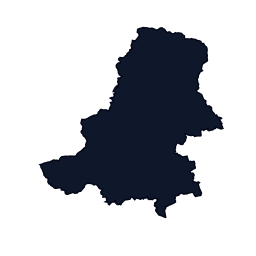 the district of Befotaka, Atsimo-Atsinanana, Madagascar, rotated 78°
{"feature_id": "10022922B11101019287712", "entity_name": "Befotaka", "entity_type": "district", "adm_level": 2, "iso_a3": "MDG", "parent_name": "Madagascar", "parent_adm1": "Atsimo-Atsinanana", "projection": "robinson", "projection_center": [46.959, -23.944], "detail": "fine", "context": "isolated", "style": "filled", "palette": "ink", "viewbox_px": 256, "rotation_deg": 78, "n_neighbors": 0, "source": "geoboundaries", "source_scale": "gbopen_adm2", "svg_char_len": 5801}
<svg xmlns="http://www.w3.org/2000/svg" viewBox="0 0 256 256"><g transform="rotate(78 128 128)"><path d="M57.4,40.3L57.0,42.0L56.2,42.6L55.6,43.5L55.1,44.3L54.9,45.6L53.8,47.2L54.0,48.9L53.2,51.3L52.9,53.5L52.2,54.0L49.4,53.8L48.2,55.3L46.7,55.9L45.4,59.0L45.4,60.6L44.7,62.0L44.8,62.5L45.3,63.0L45.4,64.3L44.6,65.8L42.7,67.2L42.5,68.2L42.9,69.2L42.6,69.9L40.8,71.2L39.0,71.7L38.6,72.8L37.1,73.9L37.0,75.8L38.0,78.2L38.2,80.1L36.9,81.4L35.4,83.7L35.1,86.8L34.3,87.8L32.8,92.7L33.1,94.0L33.2,96.7L33.6,98.0L36.3,99.0L36.9,98.3L38.0,97.6L39.4,97.9L40.4,97.7L41.2,99.1L44.2,102.3L43.9,102.8L44.0,104.2L43.3,105.4L44.6,106.0L45.7,106.2L47.9,107.8L49.6,107.6L51.3,107.8L51.7,108.6L51.8,109.8L53.6,110.5L54.9,113.1L55.5,113.7L56.7,114.0L56.9,115.6L57.6,116.1L58.4,118.0L57.8,120.4L57.4,121.0L57.9,121.5L57.9,122.0L58.7,122.9L59.7,122.7L61.2,121.6L62.6,121.9L62.7,122.4L62.4,123.7L62.9,124.8L64.2,126.4L66.2,126.7L66.8,126.5L67.6,125.7L68.3,125.8L70.8,125.6L72.2,125.9L72.8,125.5L74.0,125.5L76.1,123.2L77.6,125.3L77.1,126.9L77.3,127.4L77.7,127.6L79.3,127.3L80.0,128.2L80.4,128.4L81.8,128.4L82.4,127.9L84.0,128.3L84.2,128.7L84.1,129.4L85.1,131.1L85.8,129.6L86.4,130.8L86.1,132.3L88.5,134.5L89.3,134.8L89.3,134.1L89.5,133.6L91.1,133.1L91.7,133.1L91.9,134.9L93.0,134.5L95.3,135.8L94.9,136.7L94.8,138.0L95.1,139.1L96.4,137.7L97.7,137.3L98.8,136.6L99.3,136.9L99.5,139.9L100.8,139.5L102.3,139.7L103.1,140.1L104.1,141.3L107.0,142.9L106.9,144.3L105.7,145.6L105.4,148.1L104.2,150.7L104.6,151.4L105.2,151.8L106.3,153.6L107.7,154.3L108.3,155.0L108.8,156.5L108.4,158.3L109.6,163.7L110.2,164.8L110.8,168.4L110.0,171.3L113.6,173.0L117.0,171.6L118.7,172.5L120.2,172.8L121.8,174.6L122.4,174.3L123.1,174.5L124.6,173.4L126.2,173.4L128.1,171.8L129.2,171.5L129.7,171.0L131.2,171.0L131.9,170.5L132.3,170.4L133.9,171.9L135.8,172.9L137.0,172.8L137.7,173.1L138.5,175.0L140.8,178.6L141.5,180.6L142.2,181.6L142.2,182.3L143.3,183.6L143.9,183.9L144.7,185.3L143.5,190.5L143.2,193.2L142.7,194.6L142.4,198.8L143.3,200.3L144.3,201.4L145.9,202.5L144.7,204.3L144.7,205.2L143.8,207.7L144.5,209.2L144.5,210.3L145.1,211.6L144.7,213.2L145.0,215.3L144.9,216.9L145.5,219.4L145.6,221.7L146.4,221.1L148.6,221.2L150.3,220.5L154.9,219.8L156.8,219.9L157.9,219.1L159.3,218.6L160.5,216.8L162.3,216.8L163.1,217.3L164.5,217.5L166.3,216.8L167.1,215.1L168.1,215.4L169.5,213.7L171.3,212.5L171.7,211.8L172.0,211.1L172.1,208.1L173.0,205.4L174.7,206.1L175.4,203.8L175.8,203.2L176.4,203.0L176.8,202.1L177.2,202.1L178.2,202.9L178.7,202.9L179.8,202.2L180.3,200.9L179.7,197.4L179.8,196.6L179.2,194.7L179.4,194.3L180.6,194.1L181.0,191.4L179.8,189.3L180.0,187.5L176.7,183.1L174.3,181.9L173.6,178.8L175.0,174.6L176.5,173.4L176.4,171.7L176.7,171.0L177.4,170.1L181.4,168.4L182.7,165.7L183.2,165.9L184.9,167.9L186.8,168.0L187.3,167.7L187.8,166.7L188.2,166.2L190.4,166.9L190.6,164.6L191.0,163.9L194.1,163.6L195.2,164.4L195.5,165.4L195.8,164.8L195.8,163.8L196.8,163.5L197.2,162.3L198.2,162.3L198.6,162.8L199.2,162.2L197.1,159.4L197.4,157.2L196.7,156.2L196.6,155.5L198.3,155.9L200.4,154.6L200.8,153.6L200.8,152.0L201.5,151.0L199.9,149.7L199.4,148.7L198.6,148.1L198.6,147.4L197.7,146.6L198.0,141.0L197.6,140.4L196.6,139.9L196.1,139.1L196.8,138.0L199.5,136.3L198.5,135.0L198.3,134.0L199.1,132.4L200.3,130.6L199.6,128.6L199.8,128.2L200.6,127.7L199.9,126.8L200.2,124.9L199.8,124.3L199.7,123.5L200.2,123.2L201.3,123.2L202.3,122.2L202.3,121.0L202.7,120.4L202.5,119.5L203.1,118.9L202.5,117.9L202.4,116.6L202.1,115.8L203.4,114.8L203.6,113.7L203.9,113.4L205.1,114.3L205.8,115.4L206.7,115.9L206.8,117.0L207.1,117.5L208.6,117.7L209.2,118.2L209.8,118.1L210.4,117.3L211.5,116.8L211.8,116.2L214.0,117.9L215.1,117.9L219.5,115.8L221.0,113.1L223.2,110.1L223.2,109.7L216.2,109.5L213.9,107.6L212.9,108.1L212.5,105.0L212.1,104.6L211.8,103.7L211.9,102.2L211.5,101.7L211.3,100.0L210.3,97.0L209.2,96.8L207.6,97.3L206.7,96.4L204.6,96.3L204.3,95.6L204.3,94.9L204.5,94.4L204.2,93.4L204.1,92.1L203.5,91.9L203.1,91.1L203.1,90.1L202.7,89.3L202.9,88.6L204.0,87.8L204.4,86.4L204.3,85.5L204.7,83.8L204.3,83.4L204.2,82.9L204.4,81.5L204.1,80.6L204.3,78.6L204.8,77.6L207.6,77.0L209.0,76.1L208.9,73.1L209.1,70.9L207.3,69.8L206.6,69.7L201.6,70.8L197.8,71.0L197.0,70.8L196.3,69.5L195.5,70.3L195.6,72.5L194.3,74.7L194.2,75.5L192.3,75.4L190.7,74.2L188.8,74.7L188.6,74.4L188.5,73.4L187.2,73.2L185.7,73.9L185.4,75.9L183.5,76.4L182.6,75.7L182.7,74.6L182.1,73.9L181.2,70.6L180.2,70.4L178.1,70.7L177.0,70.2L174.5,70.2L174.3,70.6L174.3,72.5L173.6,73.9L173.4,75.7L167.8,76.2L167.8,79.7L167.6,80.8L165.1,83.1L164.9,84.3L163.0,85.3L162.7,87.1L161.4,87.3L160.6,86.4L158.6,86.7L157.6,85.8L156.1,85.6L152.7,83.2L152.7,82.7L155.0,79.6L155.4,78.6L155.2,77.6L154.1,76.9L152.6,74.8L149.0,72.9L148.5,73.0L147.7,73.9L147.3,74.0L146.6,73.4L145.2,73.5L145.4,72.8L146.5,72.1L147.2,70.9L148.5,67.8L148.4,66.7L148.8,65.2L150.0,64.7L150.0,62.1L150.7,59.0L150.7,58.3L150.2,58.0L146.2,57.7L145.2,56.9L145.0,56.1L145.0,55.3L146.1,54.5L145.5,53.2L145.4,50.5L145.8,50.1L147.0,50.2L147.5,49.0L147.2,47.1L147.5,46.2L147.2,45.1L146.4,43.5L146.6,42.6L145.6,41.9L145.9,41.0L148.2,37.3L148.2,36.0L148.0,35.2L147.0,35.7L146.1,35.4L145.5,36.0L144.1,35.8L143.1,35.2L142.6,35.8L142.6,36.5L141.4,35.8L138.9,36.7L138.3,36.1L138.3,35.1L137.9,34.5L137.4,35.0L135.8,38.1L133.8,38.6L133.6,39.9L133.2,40.5L131.8,40.7L129.7,42.1L128.2,42.5L126.7,42.4L125.5,42.1L125.0,42.3L123.3,44.0L123.1,45.7L122.6,46.3L120.5,46.9L118.7,46.7L117.8,46.2L115.7,48.2L110.5,49.1L109.9,50.1L109.0,50.7L107.7,52.6L106.3,53.4L105.1,52.9L104.3,51.1L103.5,50.5L101.3,50.7L99.8,49.8L98.5,50.3L94.3,50.1L93.1,48.9L90.9,48.1L88.1,45.8L87.4,43.3L86.3,43.9L85.4,44.0L81.4,42.2L80.7,41.3L78.9,36.6L78.1,36.2L75.6,36.1L73.6,35.4L71.1,35.4L67.7,34.3L65.9,34.3L65.2,34.5L63.4,35.9L61.2,36.5L60.4,38.6L58.3,38.9L58.1,39.8L57.4,40.3Z" fill="#0f172a" stroke="#020617" stroke-width="1.5"/></g></svg>